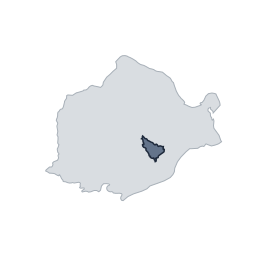 location of Dâmbovita within Romania, rotated 328°
{"feature_id": "ROU-130", "entity_name": "Dâmbovita", "entity_type": "County", "adm_level": 1, "iso_a3": "ROU", "parent_name": "Romania", "parent_adm1": "", "projection": "albers", "projection_center": [25.479, 44.942], "detail": "fine", "context": "in_parent", "style": "filled", "palette": "slate", "viewbox_px": 256, "rotation_deg": 328, "n_neighbors": 0, "source": "natural_earth", "source_scale": "10m", "svg_char_len": 5189}
<svg xmlns="http://www.w3.org/2000/svg" viewBox="0 0 256 256"><g transform="rotate(328 128 128)"><path d="M190.9,141.6L193.1,144.5L195.8,145.9L202.0,147.3L202.5,147.1L202.5,146.8L202.1,146.4L202.0,145.8L202.3,145.2L203.1,145.1L204.5,145.6L207.1,144.7L210.9,142.2L214.4,141.5L217.7,142.8L219.4,144.3L220.6,145.7L220.3,147.6L220.2,148.8L219.6,153.6L219.1,155.5L218.2,157.5L208.2,160.4L208.8,159.2L208.5,157.2L208.0,155.7L208.9,154.3L206.6,153.9L205.6,154.7L204.9,156.0L205.7,159.0L204.7,160.8L204.3,161.7L204.3,164.0L203.7,165.0L203.6,166.0L205.2,165.7L204.6,167.6L201.7,171.4L200.7,173.7L201.3,182.4L200.1,187.7L200.1,189.2L196.8,189.4L195.8,189.3L192.7,188.6L189.2,187.4L187.1,184.7L185.7,182.8L182.8,183.8L182.2,183.6L181.4,182.7L179.2,182.1L176.4,182.2L170.2,178.8L169.5,178.2L164.7,178.9L157.5,180.7L152.0,182.9L146.4,186.8L144.1,189.7L141.4,191.3L137.6,192.4L130.7,192.0L123.6,190.5L116.0,188.8L111.8,189.6L106.3,188.9L97.9,186.8L91.6,186.1L85.4,187.0L84.4,186.2L84.2,185.2L84.5,183.8L85.4,182.7L86.9,182.0L87.7,181.1L87.8,180.3L86.2,178.8L82.8,176.8L81.5,175.6L81.1,175.3L81.1,174.2L80.4,173.3L79.1,172.7L78.1,171.5L77.5,169.9L77.7,168.4L78.7,167.0L80.1,166.4L81.7,166.7L82.4,166.3L82.1,165.3L80.6,164.0L77.8,162.3L74.8,163.1L71.7,166.2L69.5,166.6L68.3,164.4L66.0,163.0L62.7,162.4L60.6,161.5L59.9,160.2L58.5,159.1L55.3,158.0L55.3,157.0L55.9,156.8L57.0,156.7L58.6,156.6L58.8,156.1L58.9,155.5L57.7,154.8L56.5,154.3L55.9,153.9L55.5,153.4L55.4,152.8L55.8,152.5L56.3,152.5L56.8,152.2L57.1,151.1L57.9,150.1L58.3,149.8L58.3,149.1L57.9,148.4L57.3,147.8L56.3,147.4L53.3,146.2L51.8,144.7L50.9,144.6L49.4,143.8L47.9,142.4L46.6,140.6L45.1,139.4L44.8,138.9L44.8,138.5L45.1,138.0L45.1,137.5L44.8,135.7L45.1,134.0L45.2,132.3L45.2,131.5L44.9,131.2L44.7,131.5L44.3,131.8L43.9,131.8L42.9,130.5L41.6,127.9L40.7,127.0L39.0,125.7L37.5,124.7L36.5,122.5L35.4,120.8L36.2,120.2L40.7,119.5L42.7,120.6L43.6,120.3L44.6,119.6L45.1,119.0L45.2,118.4L45.7,117.6L47.2,117.3L51.1,118.0L52.8,117.0L53.4,116.4L53.8,115.0L54.3,114.0L55.7,113.5L55.8,112.5L55.6,111.4L56.5,109.0L57.1,108.1L57.9,107.7L58.9,107.0L60.6,105.5L60.3,104.1L60.7,103.1L62.5,100.7L64.0,98.4L64.0,97.2L64.2,96.2L65.4,95.1L66.7,93.6L68.5,89.1L69.1,88.3L70.2,87.5L71.0,86.6L71.2,83.6L72.0,82.7L73.4,81.8L74.9,80.2L76.1,78.4L77.0,77.5L78.2,77.4L79.4,76.7L80.8,76.4L82.2,76.9L83.0,76.7L84.4,75.8L87.8,72.5L88.3,71.8L89.0,71.4L91.7,70.2L92.4,69.1L93.3,68.0L94.5,68.1L98.3,70.9L102.4,70.8L103.2,70.9L103.4,71.0L103.9,71.2L109.4,72.7L110.3,72.5L110.5,72.4L112.7,73.5L114.7,73.4L116.5,72.7L118.5,72.5L120.3,72.9L121.6,74.5L125.1,77.8L126.1,79.0L127.7,78.8L129.5,78.2L131.4,76.1L136.9,73.6L141.1,73.0L145.3,72.0L150.0,71.3L151.4,69.2L152.1,67.9L152.7,65.3L155.2,64.6L157.6,64.0L158.5,63.7L160.3,63.6L161.6,63.8L163.8,65.0L165.3,66.5L165.9,67.7L167.2,69.5L168.6,71.9L170.2,75.2L170.6,76.8L171.2,78.6L172.3,80.8L174.5,83.2L174.8,83.6L175.8,85.3L177.8,89.0L179.4,90.5L180.8,92.1L181.5,93.8L182.5,95.2L184.9,97.2L186.8,98.9L188.5,104.1L189.6,106.5L190.3,108.3L190.1,112.0L190.6,113.6L189.8,116.5L188.5,122.4L188.2,127.1L188.6,129.6L188.7,131.2L189.1,132.2L189.6,134.3L189.7,136.2L189.2,136.7L188.4,137.2L188.1,137.6L188.9,138.4L189.9,139.9L190.9,141.6Z" fill="#d9dde1" stroke="#a8b0b8" stroke-width="1"/><path d="M148.1,162.5L147.6,163.1L147.4,163.3L147.3,163.5L147.2,163.8L147.1,164.0L146.7,164.3L146.6,164.5L146.7,164.8L147.3,165.1L147.4,165.3L147.3,165.6L147.1,165.8L146.2,167.0L145.7,167.3L139.6,167.7L139.0,167.9L138.6,168.1L138.4,168.3L137.9,169.0L137.4,169.0L136.3,168.4L135.8,168.4L135.5,168.4L135.4,168.5L135.6,169.0L135.5,169.3L135.2,169.6L135.1,169.8L134.8,170.3L134.6,170.6L134.2,171.0L133.8,171.1L133.6,171.1L133.2,170.9L133.6,170.2L133.7,169.6L133.6,169.4L133.5,169.2L133.5,168.9L133.5,168.6L133.6,168.3L133.9,167.6L134.0,167.3L133.9,167.1L133.7,167.0L133.5,166.9L133.1,166.9L132.9,166.8L132.7,166.7L132.1,166.1L131.9,165.8L131.4,164.8L131.4,164.5L131.5,164.3L131.9,164.0L132.0,163.9L131.8,163.7L131.6,163.5L131.3,163.1L131.3,162.8L131.3,162.5L131.6,161.9L131.7,161.7L131.8,161.4L132.0,159.1L131.9,158.7L131.6,157.1L131.5,156.6L131.6,156.1L131.7,155.9L132.3,155.2L132.4,154.7L132.3,154.4L132.0,153.8L131.4,153.1L131.1,152.6L130.9,151.5L131.0,151.0L131.1,150.6L131.2,150.4L131.4,149.9L131.5,149.8L131.6,149.7L131.7,149.8L131.8,149.9L132.1,150.3L132.4,150.4L132.6,150.4L132.9,150.1L133.1,149.8L133.2,149.3L133.4,148.7L133.4,148.1L133.5,147.6L133.7,147.3L133.8,147.0L134.1,146.5L134.2,146.2L134.3,145.7L134.3,145.4L134.3,145.1L134.2,144.8L133.8,144.3L135.0,144.0L135.4,143.5L135.5,143.2L135.7,142.9L135.8,142.7L136.2,142.5L136.6,144.2L136.7,145.5L136.8,145.8L136.9,146.1L137.1,146.2L137.3,146.4L137.5,146.5L137.7,146.8L138.0,147.1L138.1,147.5L138.1,148.0L138.1,148.5L138.1,148.9L138.4,149.4L138.6,149.7L138.8,149.9L139.0,150.2L140.1,152.3L140.9,153.2L141.1,153.5L141.2,153.8L141.3,155.0L141.5,155.7L141.6,156.1L141.8,156.4L142.0,156.6L142.4,156.7L142.7,156.8L142.9,156.7L143.0,156.6L143.4,156.7L143.6,156.9L143.8,157.4L143.9,157.7L143.9,158.1L143.9,158.5L143.8,158.9L143.9,159.5L144.1,159.7L144.3,159.9L145.2,160.0L145.5,160.1L145.9,160.3L147.3,162.0L147.5,162.2L147.9,162.4L148.1,162.5Z" fill="#64748b" stroke="#1e293b" stroke-width="1.5"/></g></svg>